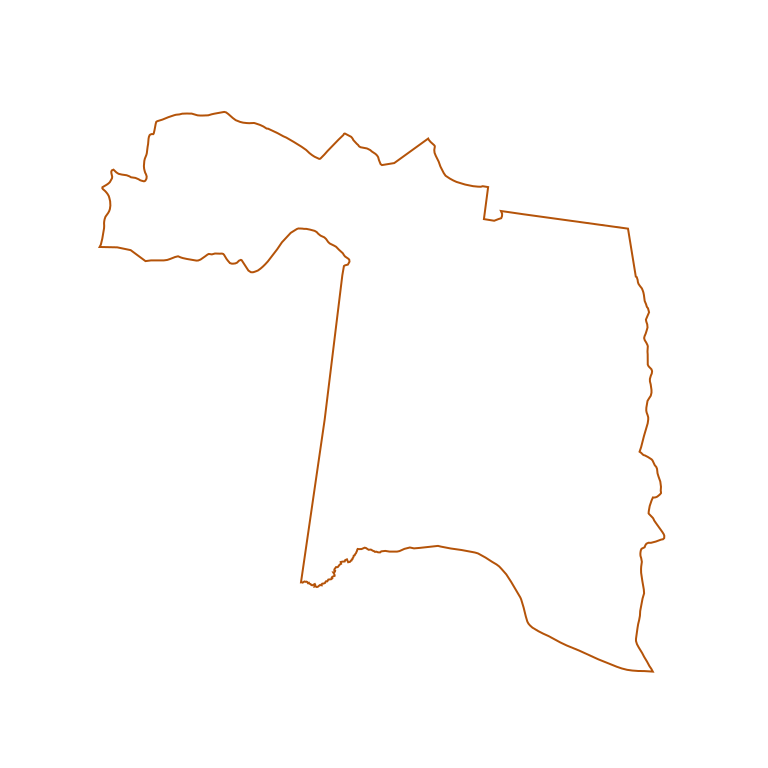 outline of Chhuk, Kâmpôt, Cambodia, rotated 188°
{"feature_id": "14789045B28419059899901", "entity_name": "Chhuk", "entity_type": "district", "adm_level": 2, "iso_a3": "KHM", "parent_name": "Cambodia", "parent_adm1": "Kâmpôt", "projection": "mercator", "projection_center": [104.309, 10.967], "detail": "fine", "context": "isolated", "style": "outline", "palette": "amber", "viewbox_px": 768, "rotation_deg": 188, "n_neighbors": 0, "source": "geoboundaries", "source_scale": "gbopen_adm2", "svg_char_len": 6123}
<svg xmlns="http://www.w3.org/2000/svg" viewBox="0 0 768 768"><g transform="rotate(188 384 384)"><path d="M77.8,136.6L79.7,139.2L81.9,141.6L84.9,145.7L88.4,150.0L90.9,153.5L95.1,158.6L97.3,161.6L98.7,164.6L99.0,166.7L99.0,177.8L98.9,181.6L98.5,185.6L98.3,190.1L98.7,194.8L98.1,207.6L97.3,212.9L98.1,216.6L100.8,225.0L103.1,232.8L103.7,236.5L103.9,239.0L103.9,243.8L105.1,247.4L106.1,249.5L106.5,251.5L106.6,253.2L106.5,255.1L106.0,256.7L103.2,258.6L102.8,260.6L101.9,262.4L100.0,263.6L97.5,263.9L92.9,265.8L88.1,268.4L86.1,269.1L85.1,270.4L85.3,272.7L86.1,274.2L87.8,276.2L95.6,284.4L97.6,286.6L98.0,287.4L99.1,288.8L103.5,292.2L104.0,292.8L104.1,295.3L103.9,300.2L102.8,306.0L101.9,309.1L100.9,309.1L99.2,309.6L97.7,310.5L95.4,313.0L94.5,314.5L94.7,315.6L95.1,316.7L95.4,320.7L96.8,325.8L99.3,330.6L100.7,333.6L101.8,337.9L102.8,339.7L104.6,341.3L107.4,345.6L108.5,346.6L112.4,348.4L115.8,349.6L116.9,349.7L117.6,350.0L119.9,351.7L121.5,352.5L120.6,357.2L119.3,368.8L117.4,381.7L117.4,385.6L117.7,387.7L118.6,389.8L119.9,392.2L120.6,394.2L120.9,397.0L120.7,403.9L119.6,406.5L118.2,409.5L117.9,412.6L118.3,415.4L119.9,420.9L121.0,423.5L121.4,426.0L120.9,429.5L120.3,431.6L120.3,434.0L121.2,435.8L124.4,438.3L125.5,439.9L127.0,450.0L127.6,452.8L128.0,458.0L128.5,459.2L130.0,461.4L131.9,463.7L132.8,465.7L132.6,467.7L131.9,470.2L131.4,473.1L130.9,476.6L131.6,479.6L132.9,482.2L133.6,484.2L131.5,491.9L133.1,495.7L134.2,496.7L134.9,497.9L135.5,499.3L137.4,502.5L139.0,508.3L139.9,510.8L140.8,512.6L141.9,514.5L144.4,516.9L146.0,518.7L146.8,520.4L147.3,522.3L148.6,525.0L149.6,525.4L164.0,571.8L269.6,571.5L292.3,571.6L291.1,569.7L290.7,568.9L290.5,566.6L291.0,564.5L293.5,563.3L297.6,561.0L308.0,561.2L308.3,593.5L313.8,593.6L315.6,592.8L318.6,592.5L323.4,592.3L331.4,592.8L340.3,594.2L343.7,595.2L347.4,596.6L352.0,598.8L354.2,601.2L358.4,607.2L360.8,611.8L364.5,617.2L366.1,620.0L366.8,622.8L366.7,626.0L366.9,626.8L367.6,627.5L371.6,630.2L373.7,632.1L374.4,633.2L404.6,604.2L416.5,600.5L418.0,601.3L420.2,605.1L421.3,607.7L421.9,608.5L423.0,609.6L424.5,610.7L428.5,612.6L430.1,613.7L433.0,614.7L433.8,614.9L440.2,615.2L441.8,615.9L442.9,617.1L444.3,618.0L447.6,620.7L448.6,621.6L449.1,622.5L450.0,623.4L450.9,624.2L457.6,626.6L458.4,626.2L458.9,624.9L463.0,619.7L472.4,606.8L474.9,603.0L478.4,598.3L479.5,597.9L484.4,599.4L487.2,600.7L490.0,602.3L493.6,604.9L498.7,607.5L506.9,611.1L515.0,614.4L518.2,615.3L524.3,617.6L534.3,620.7L535.8,620.6L539.2,622.2L542.8,623.3L547.5,624.2L549.0,624.4L553.8,623.5L556.3,623.3L559.9,623.2L562.9,623.5L566.2,624.3L567.5,624.6L570.8,626.4L575.8,629.7L578.2,631.0L580.1,631.2L589.5,628.1L592.2,627.1L595.5,625.6L600.5,624.7L603.0,624.3L606.0,624.1L612.1,625.0L617.5,624.3L621.4,623.6L624.1,622.5L627.4,621.7L629.1,621.0L634.7,618.2L640.2,615.0L645.1,612.7L646.0,611.9L646.3,609.8L646.6,603.3L646.9,600.0L647.3,599.3L648.8,599.2L650.1,598.5L650.7,597.9L651.2,596.0L651.3,594.1L651.0,588.7L651.1,586.1L651.0,579.6L651.2,577.8L652.2,573.8L652.4,571.5L652.1,566.4L651.5,563.8L650.6,561.5L649.9,560.0L648.9,558.6L647.9,556.5L647.8,554.3L648.6,552.2L649.1,551.7L649.9,551.3L652.6,551.6L654.0,551.9L655.5,552.6L658.9,553.5L663.3,553.5L664.9,554.2L667.9,554.9L672.7,554.9L676.1,555.2L678.5,556.3L681.7,558.6L683.2,557.7L683.6,556.5L683.4,555.1L682.0,551.4L682.0,549.8L683.6,545.7L684.8,544.2L686.4,542.7L690.2,539.7L690.2,538.7L689.5,537.9L686.9,536.2L685.4,534.9L684.1,533.6L682.7,531.8L681.9,530.1L680.6,526.7L679.8,522.6L679.8,519.1L680.2,517.0L680.9,515.1L683.1,510.9L683.6,508.3L683.7,506.3L683.6,504.3L683.1,501.6L682.9,499.3L683.2,488.7L683.8,482.6L684.7,480.1L667.2,482.2L653.5,481.3L637.3,472.5L632.2,473.9L619.1,475.8L615.9,476.7L613.1,478.1L608.5,480.7L605.7,481.8L603.1,481.1L600.8,480.7L596.7,480.4L587.0,480.1L585.3,480.4L583.0,481.7L578.9,485.5L576.8,487.6L575.6,488.4L572.5,488.4L569.5,489.7L564.8,490.2L562.6,490.6L561.3,490.4L560.4,489.7L557.4,486.0L555.9,484.5L553.4,482.3L551.5,482.0L550.4,482.1L548.1,482.7L546.4,483.7L544.8,485.9L543.0,487.0L542.2,486.8L534.1,477.5L531.4,476.2L529.9,476.3L528.8,476.6L527.0,477.5L524.7,478.8L522.3,481.1L520.3,483.4L518.3,486.0L516.1,489.2L508.5,502.6L504.8,510.1L497.4,520.7L491.8,525.4L490.4,526.1L486.7,526.5L484.8,526.5L482.4,526.8L478.9,526.6L474.0,526.0L471.8,525.1L470.0,523.6L467.5,522.1L463.5,520.9L461.5,519.5L459.1,516.9L457.3,515.6L452.5,514.0L450.5,513.2L447.3,510.7L442.9,507.7L441.9,506.4L440.4,504.9L436.6,503.0L435.7,502.2L435.2,500.3L436.4,497.2L439.1,496.1L440.1,495.2L440.4,485.9L437.8,340.6L438.6,176.0L437.6,176.2L436.9,176.0L435.9,176.9L435.2,177.4L434.1,177.2L433.2,177.5L432.4,177.2L431.6,176.2L430.7,176.7L430.2,175.9L429.1,175.7L428.5,175.4L428.0,174.8L427.0,174.7L424.7,176.3L424.1,175.4L424.6,174.6L424.7,173.7L423.8,174.0L423.1,173.9L422.3,173.6L421.3,174.0L419.6,175.9L417.8,176.0L418.1,176.7L417.3,177.7L416.0,178.0L414.6,178.9L414.4,179.9L413.9,180.6L412.7,180.7L411.9,182.6L409.2,183.3L408.2,184.3L408.8,185.1L408.3,185.9L406.2,187.2L406.6,188.5L407.4,189.6L408.1,190.4L407.2,190.6L406.5,191.3L406.4,192.3L407.3,192.7L407.3,193.6L406.0,196.0L404.8,196.1L404.2,196.4L402.8,198.9L401.4,200.0L401.9,201.1L402.1,201.7L400.5,202.3L398.2,202.8L397.9,204.2L396.3,205.2L394.7,202.5L393.0,203.1L392.3,204.3L391.6,204.7L391.6,205.7L390.9,206.1L390.8,207.2L390.4,207.7L390.1,208.9L390.1,209.8L389.2,210.3L388.9,211.4L388.1,212.8L387.9,213.9L387.5,215.0L387.5,215.8L387.1,217.0L385.9,217.0L383.3,217.4L380.4,219.2L379.1,219.1L376.2,217.7L374.0,218.2L371.2,217.1L370.2,217.0L369.6,216.5L368.1,216.9L366.6,216.5L364.4,216.7L363.4,217.9L359.5,218.9L355.3,218.8L347.6,219.9L345.4,220.7L340.8,223.6L335.6,225.7L331.4,225.4L325.7,226.7L308.0,231.2L305.1,230.9L295.0,230.4L284.2,230.4L270.8,229.8L269.2,229.6L267.3,229.3L259.2,226.2L252.1,222.9L247.5,221.0L244.6,219.4L242.2,217.5L236.4,212.5L230.6,205.8L219.3,191.6L218.2,189.8L214.6,182.0L211.2,173.5L209.0,168.7L207.6,166.8L205.8,165.2L203.1,163.4L196.7,160.7L191.5,158.9L186.0,157.3L173.4,152.6L166.7,150.5L153.7,147.2L133.5,141.2L114.1,136.4L108.9,135.4L103.5,134.8L98.3,134.8L92.0,135.2L86.8,135.9L77.8,136.6Z" fill="none" stroke="#b45309" stroke-width="2"/></g></svg>